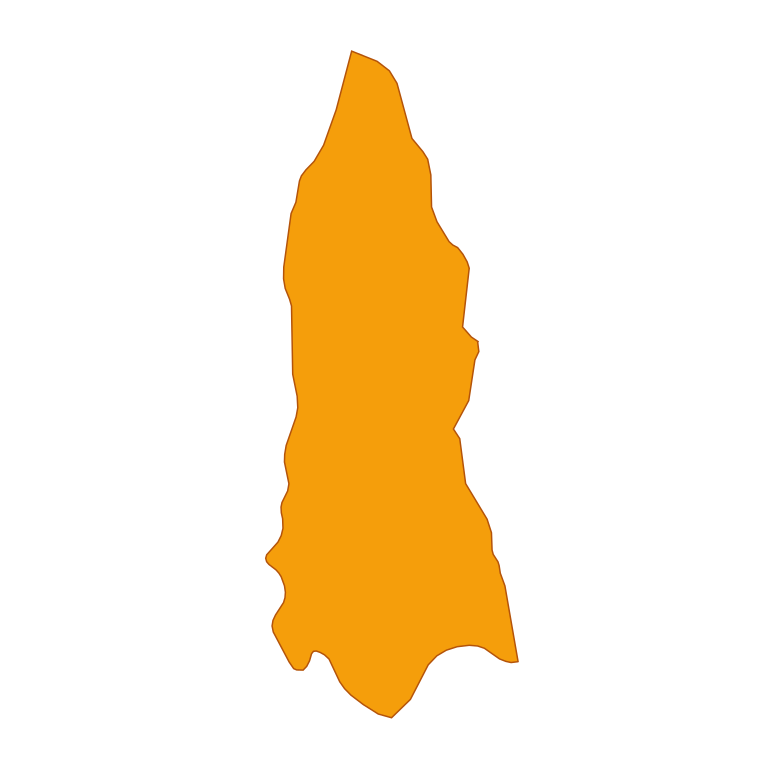 outline of Calarasi, rotated 268°
{"feature_id": "ROU-129", "entity_name": "Calarasi", "entity_type": "County", "adm_level": 1, "iso_a3": "ROU", "parent_name": "Romania", "parent_adm1": "", "projection": "equal_earth", "projection_center": [26.943, 44.314], "detail": "fine", "context": "isolated", "style": "filled", "palette": "amber", "viewbox_px": 768, "rotation_deg": 268, "n_neighbors": 0, "source": "natural_earth", "source_scale": "10m", "svg_char_len": 1496}
<svg xmlns="http://www.w3.org/2000/svg" viewBox="0 0 768 768"><g transform="rotate(268 384 384)"><path d="M413.1,479.9L404.9,475.7L364.5,468.1L336.6,451.8L326.7,457.8L281.6,462.1L245.3,482.3L231.6,486.2L214.3,486.2L209.9,487.2L202.3,491.7L198.6,492.7L190.9,493.6L178.0,497.8L101.9,508.3L101.8,508.1L101.2,501.3L102.5,496.2L105.2,489.9L116.4,475.1L118.9,468.4L119.9,460.1L118.9,447.9L115.8,437.0L110.5,427.3L101.8,418.4L67.9,399.4L50.2,379.9L54.4,366.7L64.3,352.2L74.2,340.1L80.9,334.0L87.9,329.4L111.0,319.5L115.4,315.1L118.0,310.8L119.5,307.0L119.3,304.2L117.0,302.2L109.9,299.9L104.5,296.9L100.9,293.2L101.3,286.8L102.7,283.8L109.5,279.5L140.0,264.7L146.1,263.7L151.6,264.8L156.9,267.5L169.1,276.0L173.9,277.6L179.3,278.2L185.8,277.5L195.0,274.5L198.6,272.4L201.9,269.7L207.7,262.7L210.5,260.5L214.0,259.7L217.4,260.8L229.7,272.5L236.1,276.0L243.3,278.0L252.9,278.0L258.8,276.9L264.6,276.8L269.1,277.9L280.5,284.0L287.6,285.5L309.5,281.8L317.1,282.3L326.0,284.1L354.1,295.0L363.3,297.0L374.8,296.8L397.0,293.1L465.2,294.3L472.0,292.6L483.0,288.6L492.6,287.3L504.3,287.9L557.6,297.1L568.7,302.3L589.9,306.6L594.9,308.7L600.8,313.5L609.0,322.0L624.8,332.0L659.7,345.8L717.8,363.3L706.7,388.4L696.8,400.3L684.0,407.5L628.4,420.5L614.8,431.0L607.1,435.5L591.3,438.1L559.2,437.7L544.3,442.6L524.0,454.0L520.5,457.6L517.7,462.4L510.9,467.4L503.1,471.4L496.7,473.2L438.2,464.5L432.6,469.1L427.9,472.9L423.1,479.5L422.4,479.1L413.1,479.9Z" fill="#f59e0b" stroke="#b45309" stroke-width="1.5"/></g></svg>